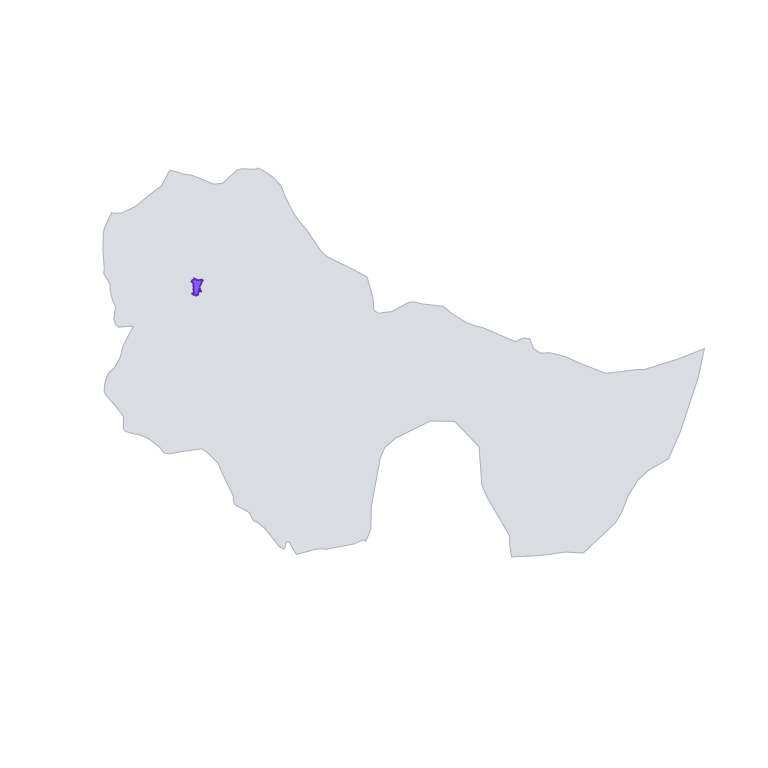 Sokolku pag., Vilanu, Latvia shown in context, rotated 192°
{"feature_id": "27541924B1096385045081", "entity_name": "Sokolku pag.", "entity_type": "district", "adm_level": 2, "iso_a3": "LVA", "parent_name": "Latvia", "parent_adm1": "Vilanu", "projection": "orthographic", "projection_center": [26.989, 56.509], "detail": "fine", "context": "in_parent", "style": "filled", "palette": "violet", "viewbox_px": 768, "rotation_deg": 192, "n_neighbors": 0, "source": "geoboundaries", "source_scale": "gbopen_adm2", "svg_char_len": 4609}
<svg xmlns="http://www.w3.org/2000/svg" viewBox="0 0 768 768"><g transform="rotate(192 384 384)"><path d="M552.4,569.0L548.0,568.2L535.8,563.3L525.5,556.0L519.4,546.5L508.8,533.4L501.9,526.6L491.1,518.1L473.1,500.8L466.5,496.8L434.3,488.6L422.7,485.0L412.5,465.4L409.4,454.2L404.2,452.0L398.3,454.2L392.0,456.2L377.0,468.8L372.2,470.5L363.2,470.3L342.1,472.3L332.7,467.2L316.3,461.2L307.3,460.0L299.3,459.7L264.2,452.7L257.4,458.0L250.8,458.6L245.0,449.6L237.2,446.7L228.4,449.1L212.6,448.4L194.0,444.5L170.3,440.7L166.7,441.3L139.4,450.8L132.7,452.1L102.4,469.1L78.0,485.2L77.9,456.1L84.3,398.4L90.1,370.1L107.1,354.7L115.9,342.4L121.9,325.4L124.5,309.4L128.7,296.4L153.9,260.1L171.8,257.3L196.2,248.5L223.3,241.4L227.7,253.0L229.7,261.7L259.8,294.8L267.4,305.7L277.9,342.3L307.1,362.1L331.0,357.4L341.7,349.0L361.3,333.5L370.1,321.9L372.3,310.5L370.9,261.2L366.7,239.7L368.9,226.5L372.1,227.3L380.2,221.2L406.5,210.2L411.6,209.8L417.6,207.6L434.1,199.0L439.2,203.9L443.4,209.5L445.8,209.6L447.0,207.6L446.8,204.1L448.0,201.7L452.6,203.2L471.1,218.4L478.3,222.0L483.2,223.1L489.0,230.2L505.1,235.1L507.0,238.7L508.2,243.2L523.1,262.3L529.8,271.8L543.2,280.6L549.0,282.7L572.7,274.0L579.3,270.9L584.8,270.9L590.3,275.5L603.0,281.7L614.5,283.6L616.6,283.2L626.3,283.8L629.7,286.2L632.1,298.2L643.3,307.6L653.7,315.3L656.3,318.9L657.2,325.9L656.7,334.1L655.4,338.4L651.2,343.3L647.5,355.7L647.1,367.5L641.3,387.9L642.7,388.2L655.3,384.4L658.9,386.5L661.7,390.9L662.7,403.7L667.0,409.4L671.3,418.3L672.8,425.2L681.0,433.4L681.7,438.8L687.0,457.7L689.1,468.7L690.1,477.1L687.9,487.9L685.8,495.2L683.3,494.8L675.9,496.9L664.4,505.8L647.3,526.7L642.9,531.3L638.5,547.1L637.4,548.7L627.2,548.1L624.5,547.7L614.3,548.1L592.1,544.1L583.6,546.8L572.2,562.7L567.9,565.0L554.7,567.2L552.4,569.0Z" fill="#d9dde1" stroke="#a8b0b8" stroke-width="1"/><path d="M593.6,444.0L593.4,443.9L593.1,443.8L593.0,443.7L592.7,443.6L592.3,443.5L591.8,442.8L591.8,442.7L591.5,442.3L591.4,442.2L591.0,442.1L590.9,442.0L590.8,441.9L590.9,441.7L591.0,441.4L590.9,441.2L591.0,441.0L591.1,440.9L591.1,440.7L590.9,440.6L591.0,440.1L590.9,439.9L590.7,439.7L590.2,439.5L590.1,439.3L590.2,439.2L590.3,439.1L590.3,438.9L590.3,438.7L590.2,438.5L590.1,438.2L590.1,437.9L590.2,437.7L590.3,437.5L590.3,437.4L590.4,437.1L589.9,437.0L589.9,436.8L589.9,436.6L589.9,436.3L589.8,436.2L589.7,435.9L589.5,435.3L589.3,434.7L589.2,434.7L588.9,434.5L588.8,434.3L588.8,434.2L588.8,433.9L588.8,433.6L589.2,433.4L589.7,433.0L589.9,433.0L590.2,433.0L590.4,433.0L590.4,432.9L590.5,432.8L590.5,432.7L590.6,432.4L590.0,432.4L589.9,432.4L589.7,432.4L589.5,431.7L589.3,431.7L588.3,431.5L588.1,431.6L587.8,431.7L587.4,431.8L587.2,431.7L586.8,431.6L586.4,431.3L586.4,431.9L586.4,432.2L586.0,432.1L585.5,432.1L585.2,432.1L584.7,432.0L584.6,432.4L584.2,433.4L584.4,434.3L584.4,434.5L584.5,434.8L584.6,435.4L584.4,435.5L584.3,436.1L583.6,436.2L583.2,436.2L582.7,436.3L582.8,436.4L582.4,436.6L582.0,436.7L582.0,436.8L582.2,437.0L582.3,437.1L582.4,437.3L582.5,437.4L582.5,437.2L582.8,437.3L582.9,437.2L583.0,437.1L583.4,437.1L583.5,437.0L583.5,436.9L583.8,436.8L584.0,436.8L584.3,436.9L584.3,437.0L584.4,437.3L584.5,437.3L584.4,437.4L584.3,437.5L584.4,437.8L584.4,438.0L584.2,438.1L584.2,438.3L584.3,438.3L584.4,438.5L584.2,438.6L584.1,438.8L584.0,439.0L584.0,439.3L583.8,439.5L583.9,439.8L583.8,440.0L583.7,440.0L583.8,440.0L584.0,440.0L584.3,440.4L584.3,440.5L584.5,440.7L584.5,440.8L584.4,440.9L584.4,441.0L584.5,441.1L584.6,441.3L584.5,441.5L584.5,441.9L584.5,442.0L584.4,442.1L584.4,442.3L584.2,442.4L584.2,442.5L584.0,442.8L584.0,443.0L583.9,443.2L583.9,443.3L583.9,443.6L583.8,443.8L583.9,444.0L583.7,444.1L583.7,444.3L583.7,444.5L583.7,444.8L583.6,445.1L583.6,445.3L583.5,445.6L583.3,445.7L583.3,445.8L583.3,446.0L583.3,446.3L583.4,446.5L583.5,446.5L583.6,446.8L583.7,447.1L583.8,447.1L584.0,447.2L584.0,447.3L583.9,447.4L583.7,447.4L583.5,447.6L583.4,447.6L583.2,447.6L583.1,447.4L582.9,447.3L582.7,447.4L582.7,447.5L582.8,447.7L582.9,447.8L583.0,447.9L583.1,448.0L583.7,448.2L583.9,448.2L584.2,448.2L584.7,448.1L584.8,448.1L585.5,447.7L585.7,447.8L586.4,447.3L586.7,446.9L587.2,447.0L587.5,447.1L587.9,447.1L588.0,447.1L588.4,446.5L588.6,446.5L589.1,446.7L589.3,446.8L589.5,447.0L589.7,447.3L589.8,447.5L590.3,447.4L590.8,447.7L591.0,447.7L591.1,447.8L591.5,447.9L591.8,447.9L591.8,447.6L591.7,447.2L591.7,446.9L591.8,446.6L591.7,446.5L591.7,446.3L591.9,446.3L592.2,446.2L592.4,446.1L592.8,446.0L592.8,445.9L593.1,445.6L593.2,445.3L593.4,445.3L593.4,445.2L593.3,444.8L593.5,444.5L593.5,444.2L593.6,444.0Z" fill="#8b5cf6" stroke="#5b21b6" stroke-width="1.5"/></g></svg>